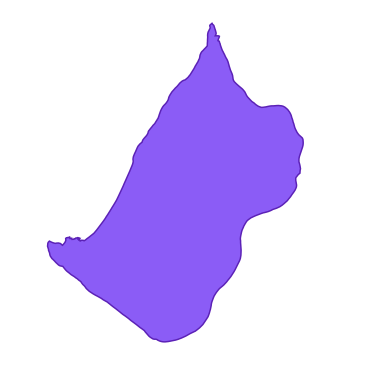 the district of Prek Prasab, Krâchéh, Cambodia, rotated 40°
{"feature_id": "14789045B57642852254246", "entity_name": "Prek Prasab", "entity_type": "district", "adm_level": 2, "iso_a3": "KHM", "parent_name": "Cambodia", "parent_adm1": "Krâchéh", "projection": "robinson", "projection_center": [105.824, 12.492], "detail": "fine", "context": "isolated", "style": "filled", "palette": "violet", "viewbox_px": 384, "rotation_deg": 40, "n_neighbors": 0, "source": "geoboundaries", "source_scale": "gbopen_adm2", "svg_char_len": 6004}
<svg xmlns="http://www.w3.org/2000/svg" viewBox="0 0 384 384"><g transform="rotate(40 192 192)"><path d="M114.3,321.3L114.2,322.9L114.5,323.9L116.2,326.4L119.1,328.3L119.6,328.9L122.0,330.2L123.7,331.6L124.8,332.2L127.5,333.0L128.5,333.0L130.9,333.2L133.1,333.5L136.8,333.7L138.3,333.4L140.9,332.0L142.4,332.4L143.3,332.5L144.5,332.8L145.8,333.0L147.3,333.1L150.0,333.0L152.6,333.0L156.2,332.5L158.7,332.4L159.7,332.2L162.1,332.3L164.1,332.1L164.8,332.2L165.6,332.5L167.8,333.0L169.7,333.1L170.9,333.3L172.2,333.7L173.3,333.9L174.9,334.0L177.1,334.1L181.5,333.6L184.4,333.1L186.5,332.6L190.8,331.8L193.4,331.6L198.2,330.7L199.5,330.8L200.2,330.7L202.8,330.7L205.5,330.6L208.8,330.4L217.8,330.2L220.8,329.9L224.4,329.7L228.0,329.7L231.1,329.5L234.5,329.3L239.2,329.2L242.6,328.9L244.6,328.8L246.0,329.2L251.6,330.1L253.3,330.1L256.3,329.7L257.6,329.1L258.9,328.0L260.2,327.5L261.0,327.5L263.1,326.9L264.3,326.4L265.6,325.7L267.0,324.7L267.9,323.9L270.1,321.6L270.9,320.6L274.5,316.1L275.3,314.9L276.2,313.5L276.9,312.2L277.7,310.8L279.8,306.4L281.6,301.6L283.7,297.0L284.0,296.4L284.2,295.3L284.5,294.2L285.1,291.2L285.5,286.5L285.4,285.5L285.0,281.7L284.5,277.6L284.3,276.8L283.8,275.4L283.2,273.8L282.0,271.2L281.6,270.2L279.7,266.7L278.9,265.5L278.2,264.2L277.7,263.0L276.4,259.4L275.8,257.5L275.5,255.5L275.2,253.2L275.1,250.6L275.1,248.5L275.4,246.7L275.8,244.6L276.1,242.7L276.3,238.7L276.2,236.5L276.2,234.5L276.1,231.7L275.4,226.2L274.9,223.6L273.6,218.3L272.6,214.1L271.8,211.9L270.1,209.0L268.1,206.4L266.9,204.9L261.7,199.5L260.7,198.3L260.1,197.7L259.6,197.3L258.9,196.5L258.1,195.3L257.4,194.1L255.6,190.7L254.9,189.1L254.3,187.1L254.0,185.9L253.8,185.5L253.6,184.8L253.1,182.1L252.8,180.1L252.7,178.8L252.9,177.3L253.7,174.0L255.2,170.7L256.0,169.1L257.0,167.3L258.9,163.9L260.0,162.1L260.8,161.1L261.6,160.0L262.9,158.1L264.2,155.7L265.2,153.3L267.1,150.2L268.7,146.9L269.5,144.2L269.9,142.1L270.6,137.5L270.5,135.0L270.5,132.3L270.2,129.8L270.0,126.6L269.7,124.2L269.2,122.4L268.7,121.0L267.7,119.5L265.8,117.9L264.1,116.5L262.9,115.1L262.4,114.4L262.3,113.8L262.3,113.1L262.2,110.7L262.3,109.7L262.6,108.2L261.7,107.0L260.8,105.7L260.3,104.7L260.1,104.4L258.0,102.6L256.7,101.6L255.7,100.9L254.6,100.2L253.1,98.5L252.1,97.0L251.3,95.4L247.8,86.5L246.9,84.7L245.7,83.0L244.3,81.5L243.2,80.4L241.8,79.7L240.1,79.6L237.1,79.5L235.8,79.2L234.2,78.8L230.7,77.3L229.2,76.5L226.2,74.4L225.0,73.7L224.0,73.1L223.3,72.5L221.9,71.6L220.8,71.0L218.8,69.6L217.2,68.8L215.7,68.2L212.6,67.4L211.3,67.3L209.9,67.3L208.8,67.3L207.7,67.5L206.5,67.8L205.1,68.5L202.6,70.2L201.4,71.3L199.1,73.6L197.8,74.7L196.6,75.9L195.6,77.1L194.8,78.1L194.0,79.2L193.1,80.2L192.2,81.2L191.2,82.2L190.5,82.7L188.0,83.6L187.0,83.8L185.0,84.0L183.6,84.0L182.6,83.9L179.8,84.2L178.6,84.1L173.6,83.5L171.8,83.0L169.6,82.0L167.9,81.3L165.1,80.8L163.9,80.7L159.3,80.7L156.5,80.6L154.3,80.4L153.4,80.3L152.0,79.8L150.9,79.1L149.8,78.1L148.1,76.6L146.5,75.6L144.7,74.7L143.1,73.9L139.8,71.8L136.9,69.8L135.7,69.0L133.7,68.0L132.0,67.4L130.5,66.8L128.9,66.0L127.8,65.5L127.4,65.4L127.2,65.3L125.7,64.6L124.6,64.2L123.0,63.4L122.0,62.8L120.8,62.1L119.3,61.2L118.3,60.4L117.2,59.9L116.0,59.0L115.5,59.1L114.6,59.4L114.4,59.0L113.9,57.8L113.6,56.8L113.2,55.6L112.9,55.1L112.3,55.2L111.7,55.5L109.4,57.4L108.9,55.5L108.4,54.8L107.7,54.3L105.6,52.8L104.7,52.3L102.8,51.1L101.9,50.5L101.2,50.3L100.0,50.3L98.9,49.9L98.5,52.3L98.5,52.9L99.2,53.6L100.2,54.3L100.5,54.8L100.7,55.2L100.8,55.6L100.8,56.0L101.0,56.7L101.3,57.8L101.5,58.9L101.9,59.8L102.5,60.9L103.3,62.0L104.5,63.3L104.8,63.7L105.1,64.2L105.5,64.6L105.8,65.1L106.3,65.7L106.8,66.4L107.2,66.8L108.2,68.3L108.6,68.7L109.4,69.8L109.7,70.1L109.8,70.6L109.8,70.9L109.7,73.4L109.6,74.1L109.5,76.5L109.3,78.4L109.5,79.8L110.2,82.0L111.4,84.0L111.9,85.0L112.3,86.8L112.8,88.3L113.0,89.8L113.2,91.0L113.4,92.1L113.5,93.1L114.0,95.2L114.2,96.1L115.2,103.3L115.2,105.8L115.3,106.5L115.0,108.6L114.7,110.2L114.6,110.6L114.4,111.0L114.0,111.5L113.7,112.1L113.2,113.3L112.9,114.7L112.8,115.9L112.6,116.5L112.6,117.0L112.7,117.5L112.7,119.6L112.7,120.4L112.6,121.7L112.4,123.0L112.4,124.5L112.3,127.4L112.3,128.9L112.5,129.6L112.6,130.7L112.8,132.1L113.2,133.8L113.5,134.6L113.8,135.3L114.1,135.8L114.4,136.5L114.8,138.2L114.9,139.3L115.0,140.4L115.0,141.6L114.8,143.9L114.8,144.5L114.9,145.9L115.3,148.1L115.8,150.0L117.1,153.5L117.9,155.4L118.7,157.6L118.7,158.5L118.9,159.3L119.0,160.2L119.2,161.7L119.4,162.8L119.5,163.8L119.3,166.0L119.4,167.5L119.4,169.4L119.4,170.1L119.5,171.9L119.5,173.1L119.7,173.8L120.4,175.2L120.8,176.8L120.8,177.1L120.9,178.4L120.8,181.7L120.9,183.8L121.5,185.5L121.7,185.8L121.6,186.5L121.2,188.8L121.2,190.1L121.2,191.5L121.5,192.9L123.0,198.0L123.3,199.3L124.3,202.4L124.6,203.0L125.0,203.7L125.7,204.8L127.1,206.1L127.6,206.8L128.4,208.4L128.9,209.7L129.5,211.6L130.9,216.0L134.8,229.6L135.4,231.5L135.9,233.3L136.6,235.9L138.1,241.5L138.8,244.2L139.4,246.6L139.9,249.5L140.4,252.7L140.8,255.7L140.9,256.1L141.8,262.4L142.0,263.8L142.2,266.0L142.5,267.7L142.8,270.9L142.9,272.7L143.4,282.2L143.4,286.6L142.5,291.0L142.4,291.7L142.2,292.6L141.5,295.5L141.2,297.3L141.0,297.8L140.7,298.7L140.2,298.9L139.8,298.9L138.3,300.1L138.1,301.0L137.8,301.4L137.4,301.1L137.1,300.9L136.3,301.5L136.1,301.1L136.0,300.4L135.7,301.0L135.4,300.7L135.4,300.2L135.7,299.8L135.2,299.7L134.8,299.8L134.6,300.0L134.6,300.5L134.5,301.0L134.1,300.5L133.8,300.4L133.3,301.2L133.1,301.4L133.0,301.7L132.6,301.9L132.7,302.4L132.5,302.8L132.4,303.1L131.8,303.4L132.0,303.8L131.8,304.3L130.7,305.0L130.6,305.4L130.1,305.3L129.8,305.1L129.5,304.8L129.3,305.1L129.1,305.5L128.7,305.8L128.5,306.1L128.2,306.0L127.9,305.9L127.7,305.3L127.2,305.1L126.8,305.8L126.8,306.2L126.0,306.8L125.7,307.4L125.3,307.7L125.1,308.4L125.1,308.8L125.4,309.2L125.9,309.5L126.6,310.5L126.7,311.2L127.0,311.9L127.1,313.2L127.1,314.4L127.1,315.2L127.0,316.1L124.4,316.0L122.5,316.9L121.2,318.1L120.2,319.3L118.2,320.2L116.7,320.7L114.3,321.3Z" fill="#8b5cf6" stroke="#5b21b6" stroke-width="1.5"/></g></svg>